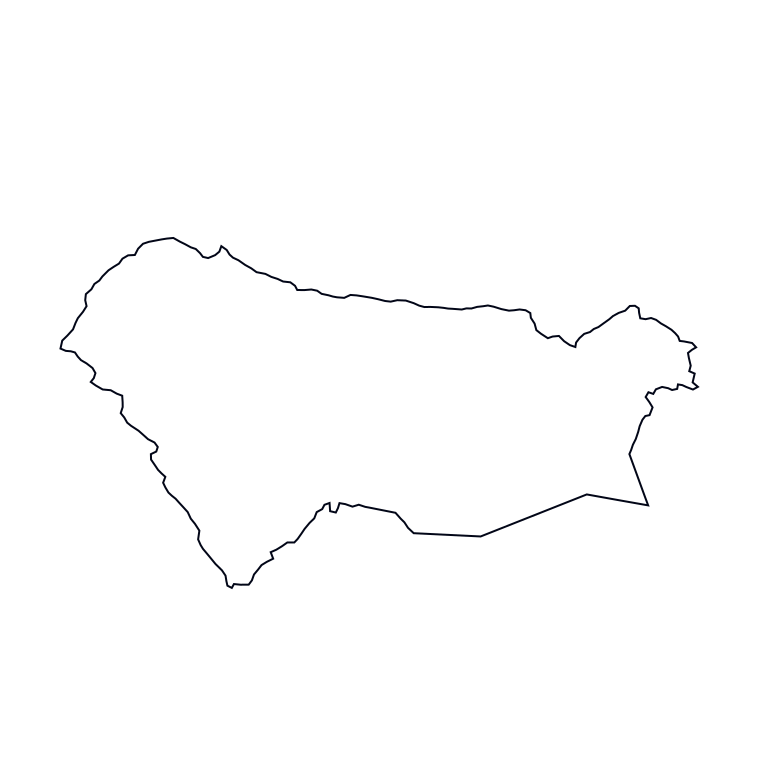 Wenceslau Guimarães, Bahia, Brazil (Mercator projection), rotated 351°
{"feature_id": "56859067B63316826546046", "entity_name": "Wenceslau Guimarães", "entity_type": "district", "adm_level": 2, "iso_a3": "BRA", "parent_name": "Brazil", "parent_adm1": "Bahia", "projection": "mercator", "projection_center": [-39.62, -13.619], "detail": "fine", "context": "isolated", "style": "outline", "palette": "ink", "viewbox_px": 768, "rotation_deg": 351, "n_neighbors": 0, "source": "geoboundaries", "source_scale": "gbopen_adm2", "svg_char_len": 3245}
<svg xmlns="http://www.w3.org/2000/svg" viewBox="0 0 768 768"><g transform="rotate(351 384 384)"><path d="M129.7,228.6L122.7,233.7L119.0,237.3L113.6,239.9L109.8,244.7L103.6,248.6L102.0,254.5L102.4,260.6L98.0,265.6L91.9,271.1L88.9,275.4L85.4,281.4L78.8,286.7L73.0,290.8L70.0,298.4L74.9,301.5L79.8,302.7L83.7,304.5L85.8,309.0L88.5,313.1L93.4,317.1L98.6,322.6L100.7,328.1L98.3,332.8L94.7,336.1L99.1,340.4L105.3,345.4L113.1,347.4L118.5,351.7L123.6,354.6L123.0,361.1L122.3,365.9L119.4,371.6L122.2,376.4L124.3,382.0L127.6,385.7L130.8,388.6L134.3,391.8L137.6,395.8L142.3,401.6L148.2,405.9L150.7,410.8L148.5,415.1L142.8,416.8L142.1,422.2L145.1,428.5L147.4,433.5L150.2,437.4L153.5,441.5L150.4,447.0L151.9,452.0L154.1,457.5L157.0,461.2L160.2,464.7L163.1,469.2L166.5,474.3L170.1,479.8L172.1,486.8L175.4,492.5L178.7,500.0L176.1,508.4L177.7,514.4L179.4,518.5L182.6,523.8L185.2,528.2L189.4,535.4L194.8,542.7L197.5,548.5L197.5,554.0L197.8,558.7L201.8,561.6L204.5,558.1L210.9,559.8L219.0,561.0L222.8,557.3L225.8,551.8L230.7,547.5L234.7,543.7L240.5,541.3L247.2,539.2L245.8,532.4L251.8,530.8L258.0,528.2L263.7,525.4L270.6,526.5L274.5,523.5L278.9,519.0L282.9,514.7L288.7,509.6L294.1,505.8L297.5,500.0L303.4,497.9L306.3,494.0L311.6,493.0L310.9,501.2L316.3,503.4L319.1,499.4L321.4,494.7L327.0,496.6L333.7,500.2L340.2,499.3L346.2,502.4L350.2,503.8L375.2,513.0L379.4,519.6L382.5,523.8L385.2,529.8L390.0,536.0L433.6,545.1L455.6,549.7L567.0,524.8L596.6,535.1L625.9,545.2L624.1,536.3L615.4,491.6L617.8,487.8L620.3,483.0L624.1,477.7L627.6,471.0L629.9,465.7L633.7,459.7L637.1,456.5L641.4,456.3L645.6,449.1L643.2,443.3L640.4,437.8L643.9,433.5L648.4,435.9L651.7,431.8L658.2,430.4L664.0,432.6L667.6,435.0L672.8,434.7L674.3,430.4L678.5,431.8L682.2,434.3L688.3,437.8L693.6,435.9L689.1,430.7L692.5,422.3L687.5,419.1L689.8,413.9L689.2,405.9L689.1,400.9L693.5,398.4L698.0,396.6L694.7,391.7L687.0,388.9L682.8,387.7L681.9,383.1L679.5,379.3L676.4,375.4L671.4,371.0L667.0,367.5L662.8,363.2L658.1,360.6L652.5,360.9L647.4,359.2L647.1,353.6L647.4,349.1L644.1,346.0L639.0,345.4L633.7,349.3L626.9,350.5L620.8,352.7L616.6,355.3L610.8,358.2L604.7,361.3L599.8,362.5L595.6,364.9L589.6,365.8L584.2,369.3L580.2,373.1L578.8,377.4L573.7,374.7L568.6,369.9L564.3,363.9L557.9,363.5L553.0,364.4L546.9,358.9L542.9,354.6L542.2,347.9L539.4,341.6L539.6,336.8L535.4,333.3L529.6,331.6L524.0,331.5L518.9,331.1L511.7,328.4L504.4,324.8L498.9,322.7L494.4,322.7L488.1,322.4L482.1,323.1L477.2,322.2L472.5,322.6L463.6,320.5L459.0,319.5L454.7,318.1L449.5,316.7L441.7,315.1L435.9,314.3L431.0,312.1L426.0,308.8L418.6,305.0L410.2,303.3L403.5,303.7L398.1,302.2L391.6,299.4L385.5,297.0L377.4,294.3L370.8,292.2L364.8,290.8L358.2,292.7L351.1,291.0L347.1,289.6L343.1,287.7L336.5,285.2L332.6,281.4L327.0,279.3L320.3,278.8L313.0,277.6L311.5,273.1L307.4,268.9L300.4,267.0L295.4,263.6L289.5,260.6L284.1,256.7L275.6,253.6L271.0,249.0L265.5,244.7L259.6,239.0L254.6,235.6L251.7,232.0L249.6,227.0L244.9,222.4L242.1,227.5L237.4,230.3L230.0,232.1L225.0,230.1L222.8,226.0L219.2,221.2L214.6,218.8L209.4,214.8L204.6,211.4L198.8,206.8L192.2,206.4L187.0,206.4L180.3,206.6L174.0,206.8L167.9,207.8L162.3,211.9L158.1,217.6L151.4,216.9L145.3,219.3L141.1,223.6L135.3,226.0L129.7,228.6Z" fill="none" stroke="#020617" stroke-width="2"/></g></svg>